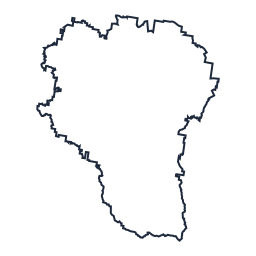 Lockyer Valley, Queensland, Australia (Natural Earth projection)
{"feature_id": "25037944B69715811070998", "entity_name": "Lockyer Valley", "entity_type": "district", "adm_level": 2, "iso_a3": "AUS", "parent_name": "Australia", "parent_adm1": "Queensland", "projection": "natural_earth1", "projection_center": [152.214, -27.681], "detail": "fine", "context": "isolated", "style": "outline", "palette": "slate", "viewbox_px": 256, "rotation_deg": 0, "n_neighbors": 0, "source": "geoboundaries", "source_scale": "gbopen_adm2", "svg_char_len": 5691}
<svg xmlns="http://www.w3.org/2000/svg" viewBox="0 0 256 256"><path d="M216.8,87.3L217.5,81.7L218.3,81.8L218.7,78.8L213.5,78.3L210.5,78.5L212.6,63.5L204.7,62.0L205.8,57.6L204.1,54.0L206.7,52.5L205.7,51.0L204.1,48.7L201.7,46.8L200.7,47.2L199.5,45.5L197.7,45.2L197.5,46.7L195.4,45.1L195.7,43.5L192.6,43.0L193.0,40.4L192.4,38.2L192.6,36.2L184.3,34.9L185.6,34.2L185.8,32.5L181.2,31.8L181.9,26.7L178.5,25.6L174.9,22.7L173.0,21.7L171.3,21.5L170.3,21.8L163.7,20.7L163.3,21.9L154.8,20.5L153.1,32.1L151.2,30.7L148.1,31.4L147.2,21.1L144.6,21.6L144.2,22.7L143.3,23.7L143.2,24.6L142.7,24.5L139.5,26.9L138.2,27.1L137.0,25.7L137.3,25.1L136.7,24.4L137.6,18.2L127.1,16.5L127.0,17.1L126.8,16.7L125.1,17.4L124.1,17.2L123.4,16.6L123.1,17.4L122.4,17.4L121.2,17.2L119.0,15.8L116.2,15.4L115.8,16.0L117.0,19.2L117.6,19.7L117.2,23.3L117.7,24.5L114.8,23.6L112.0,23.7L111.3,28.9L109.0,30.2L107.3,30.6L107.7,32.3L106.3,36.0L106.1,37.9L106.5,38.0L106.4,38.7L104.5,38.4L104.3,37.7L104.8,36.8L104.7,35.6L102.1,35.2L101.3,36.7L99.9,36.7L100.0,36.0L99.6,35.1L100.0,33.3L99.8,32.6L98.3,32.3L98.6,30.0L92.6,29.0L92.9,27.2L89.3,26.6L89.5,25.3L88.7,25.8L86.8,25.5L87.2,23.2L84.9,22.8L85.1,21.4L83.2,21.1L83.6,19.8L83.1,20.5L81.8,20.9L81.5,21.8L81.7,22.8L77.8,22.0L77.5,22.4L74.0,21.8L74.5,18.3L72.4,17.9L71.9,20.9L73.3,21.9L72.7,25.8L67.6,24.7L64.2,27.1L64.6,27.2L64.1,31.3L63.4,31.7L61.2,30.0L62.0,29.6L60.8,29.4L60.5,33.0L62.9,33.3L62.5,35.9L62.0,35.9L61.6,39.5L57.4,38.8L56.7,44.6L56.4,44.9L55.6,44.4L54.5,44.5L54.7,43.0L54.3,42.7L52.7,44.1L52.9,44.8L52.7,45.1L51.3,45.0L49.3,46.1L48.2,45.6L47.9,46.0L47.8,46.9L46.8,47.7L44.1,47.9L45.1,49.1L44.1,51.5L44.5,52.5L43.3,53.9L43.5,54.2L44.7,54.2L44.8,55.4L44.4,56.2L45.6,56.1L45.9,57.0L44.9,57.8L44.2,59.3L44.3,59.7L45.5,60.3L44.9,61.1L44.9,62.2L44.4,63.1L44.0,63.3L43.3,62.7L41.4,64.3L41.8,66.3L42.5,67.5L43.5,68.2L44.4,68.3L44.2,70.2L44.9,70.0L45.4,70.4L46.1,65.9L48.1,66.2L49.0,66.9L51.1,67.2L52.4,68.3L53.9,68.5L54.0,68.8L55.0,68.6L55.3,69.9L52.8,70.7L53.0,71.7L51.8,72.7L53.9,74.6L53.4,77.5L54.8,78.1L55.2,77.5L57.0,77.5L56.5,80.8L55.7,80.7L54.3,89.7L54.6,89.9L56.2,88.4L58.0,87.5L58.5,87.7L57.7,88.8L58.6,89.0L58.5,89.5L59.1,89.6L59.3,89.1L60.8,89.3L60.5,91.1L59.3,90.9L57.9,91.4L57.2,91.2L54.6,91.7L53.9,96.9L52.6,96.7L52.2,100.1L50.2,100.1L50.0,100.9L47.4,100.6L47.2,102.8L48.8,103.1L48.6,105.1L45.2,104.5L45.0,105.7L43.1,105.0L42.2,103.6L41.6,103.8L41.6,104.2L39.2,103.7L38.8,106.2L37.5,106.0L37.3,109.2L38.3,110.7L39.4,110.8L40.0,113.0L41.7,115.9L43.6,116.0L44.4,114.8L45.3,115.0L45.8,113.9L46.7,113.9L48.1,114.9L48.9,115.1L50.0,114.7L50.5,115.0L50.9,115.6L50.2,117.7L51.4,119.2L51.7,119.9L51.4,121.8L52.2,122.0L53.1,125.0L51.4,125.5L51.3,126.3L51.7,127.3L51.6,128.4L55.2,129.0L54.8,131.9L56.5,132.2L56.0,136.1L58.6,136.8L58.8,135.0L66.2,136.2L65.5,141.3L67.3,141.4L68.4,142.5L68.5,141.7L70.9,142.0L70.8,143.3L71.8,142.6L72.1,142.8L72.3,143.5L72.8,143.2L74.5,143.6L75.0,144.4L76.2,145.3L76.9,145.2L77.2,146.0L78.1,146.1L78.7,146.9L79.6,146.2L79.1,149.4L81.9,149.9L81.7,151.3L80.1,151.0L79.7,153.6L82.1,154.0L82.8,156.9L82.4,157.9L84.9,158.3L85.9,152.0L88.5,152.4L87.4,159.9L89.3,160.2L89.2,161.0L96.9,162.3L96.5,164.9L99.4,165.4L98.8,166.4L98.9,167.3L96.6,166.9L97.0,167.5L97.7,167.6L98.2,168.4L100.0,169.0L100.6,170.4L101.4,171.2L101.9,172.8L101.9,174.6L102.4,175.6L101.9,176.0L99.6,175.9L99.6,176.5L99.1,177.0L98.9,178.4L99.6,179.7L99.4,181.2L101.1,182.7L101.4,184.7L103.2,186.1L103.7,186.9L103.1,189.7L102.4,190.7L103.0,191.9L102.6,194.1L102.2,194.3L101.8,195.8L102.7,199.5L103.5,200.8L103.1,202.3L106.1,203.1L107.1,204.7L108.6,204.4L109.4,206.3L110.9,206.4L110.8,212.9L111.7,214.6L113.7,215.9L114.8,220.3L118.1,222.3L119.5,221.4L120.8,223.1L121.6,223.3L121.3,225.5L123.5,225.9L123.1,228.3L125.2,228.7L125.6,229.5L128.0,230.0L130.3,231.2L134.6,232.0L135.6,232.5L136.2,234.3L137.5,234.7L138.1,235.8L138.6,235.6L139.7,236.7L140.3,236.8L140.4,237.4L142.6,237.7L143.7,236.4L144.9,236.2L145.5,235.1L147.9,234.4L147.6,232.6L149.1,232.5L152.5,235.1L155.0,236.1L156.8,235.7L158.6,236.5L163.4,234.4L164.8,236.0L165.2,236.0L165.4,235.5L166.3,235.7L167.8,234.8L170.9,235.6L172.8,235.6L174.2,236.3L175.7,236.1L177.9,239.3L179.6,240.6L180.4,239.6L181.1,239.3L181.8,238.5L181.7,236.9L182.2,234.8L182.0,233.6L182.9,231.6L183.9,231.0L184.9,229.3L186.3,228.1L186.0,226.5L185.5,226.0L185.3,224.6L184.6,224.2L185.2,222.9L184.8,222.7L184.6,221.3L184.0,220.0L184.2,218.6L183.1,218.4L182.9,217.9L182.6,213.3L182.8,212.8L184.8,211.6L185.0,210.4L184.5,209.6L184.9,207.9L184.5,206.2L185.0,204.8L183.5,203.1L183.0,201.5L183.0,200.2L181.9,198.4L182.1,196.2L181.6,194.7L181.7,192.6L181.1,191.1L181.3,190.1L181.0,190.1L180.8,188.3L179.7,186.3L179.7,184.9L181.1,183.5L181.6,182.5L180.9,180.2L178.8,179.8L179.2,176.8L176.6,176.4L176.7,176.0L175.9,175.9L176.1,174.5L176.8,174.6L176.9,174.3L183.5,175.2L184.1,171.6L182.1,171.3L182.5,169.2L179.9,166.2L178.0,161.6L178.8,156.7L179.9,158.3L180.5,154.5L182.3,154.8L182.4,153.7L183.0,153.8L184.5,143.0L183.5,142.8L184.2,138.0L185.2,138.2L185.6,135.4L178.4,134.2L178.7,131.6L179.9,130.1L182.3,129.4L184.9,128.0L185.2,126.4L186.8,125.1L187.0,124.0L188.5,121.3L185.3,120.4L185.5,118.9L187.2,119.1L187.8,118.1L187.9,116.9L188.5,117.8L191.1,118.7L191.8,118.2L190.9,117.2L191.0,116.8L192.3,116.3L193.0,116.8L193.9,116.0L194.4,117.4L195.6,117.7L196.5,118.4L196.9,118.1L197.0,117.4L197.5,117.4L198.4,118.8L198.6,120.2L199.6,120.9L200.0,117.5L201.1,117.7L201.4,116.1L201.9,115.5L201.4,113.6L203.4,111.6L203.4,110.3L204.2,107.3L205.0,106.6L205.2,105.7L206.2,104.5L207.1,101.8L208.1,101.0L208.8,99.8L208.9,99.5L208.5,99.2L209.2,98.8L209.0,98.3L214.2,95.5L211.9,90.6L213.8,89.5L215.3,89.9L215.8,86.6L216.8,87.3Z" fill="none" stroke="#1e293b" stroke-width="2"/></svg>